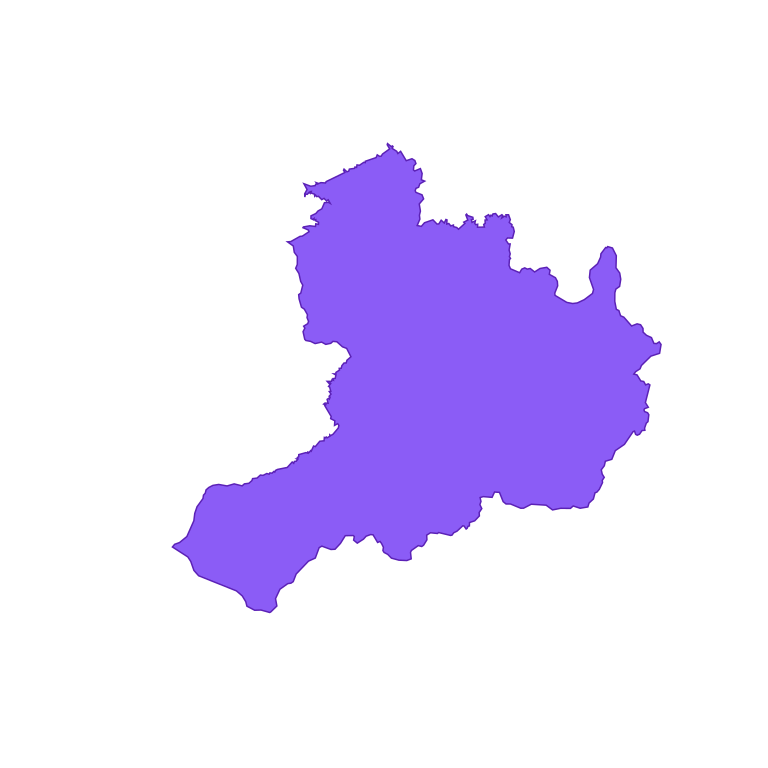 outline of Quininde, Esmeraldas, Ecuador, rotated 148°
{"feature_id": "8360857B19300187334866", "entity_name": "Quininde", "entity_type": "district", "adm_level": 2, "iso_a3": "ECU", "parent_name": "Ecuador", "parent_adm1": "Esmeraldas", "projection": "mercator", "projection_center": [-79.433, 0.315], "detail": "fine", "context": "isolated", "style": "filled", "palette": "violet", "viewbox_px": 768, "rotation_deg": 148, "n_neighbors": 0, "source": "geoboundaries", "source_scale": "gbopen_adm2", "svg_char_len": 6171}
<svg xmlns="http://www.w3.org/2000/svg" viewBox="0 0 768 768"><g transform="rotate(148 384 384)"><path d="M250.5,580.6L250.8,581.5L252.0,581.4L253.6,586.0L254.5,585.2L254.6,580.4L263.4,579.8L265.7,578.7L267.1,579.4L268.3,581.9L270.7,580.2L281.8,582.8L282.6,581.7L283.7,582.7L288.9,582.5L290.8,584.1L292.5,582.2L293.6,583.4L294.7,582.5L299.5,584.6L301.1,583.2L303.0,583.6L304.0,587.4L305.1,586.7L305.1,584.1L325.8,586.3L327.1,585.5L330.8,588.2L333.2,588.7L334.8,590.7L334.7,588.9L336.1,589.6L337.2,588.7L341.3,590.5L345.8,596.3L346.2,589.7L350.5,587.3L352.1,584.5L349.9,586.6L348.5,585.5L346.0,586.2L345.6,584.9L344.6,586.2L343.6,585.8L344.8,584.8L342.4,581.9L343.2,580.0L341.9,580.4L341.8,578.6L340.1,577.9L339.1,573.3L336.5,573.2L335.7,569.7L333.7,569.8L333.9,565.7L334.9,567.5L338.4,569.3L343.9,565.5L348.3,565.7L351.4,564.7L356.8,565.3L358.3,563.0L357.2,561.3L355.7,561.4L356.5,560.4L354.8,559.6L355.6,558.9L353.8,555.8L355.0,554.1L357.0,556.0L358.6,553.9L363.1,557.5L369.1,559.9L369.9,559.5L366.6,554.8L366.9,552.9L375.0,552.7L377.0,553.7L387.6,554.2L390.5,555.7L387.8,549.1L390.3,543.2L389.9,538.1L394.2,531.3L397.6,528.9L397.6,522.8L400.3,515.1L400.5,510.9L406.4,505.2L409.0,505.0L410.9,501.2L413.3,492.9L411.9,489.7L412.2,483.3L414.1,481.1L414.8,477.1L416.7,475.6L421.5,475.6L421.5,473.3L424.9,471.3L427.5,464.0L427.2,462.3L423.7,459.1L421.0,454.8L414.7,452.6L412.4,448.5L407.6,446.7L404.7,447.2L401.6,444.8L399.5,437.5L396.8,434.0L397.6,424.6L402.8,423.8L404.9,421.9L406.8,423.0L410.0,421.9L411.9,420.0L413.7,421.0L414.4,419.4L418.6,419.3L419.5,418.0L421.1,419.1L420.1,417.0L422.4,414.6L424.4,415.6L424.9,414.1L425.7,415.3L427.1,414.1L430.8,416.4L430.2,413.0L429.1,413.6L428.9,412.6L432.3,411.3L431.7,410.3L433.0,406.0L434.4,406.6L434.3,403.5L437.0,402.7L436.7,401.4L438.3,400.2L438.4,401.2L440.4,401.1L441.6,397.3L444.1,399.1L445.8,398.9L444.5,397.2L445.7,397.1L446.0,384.5L447.6,382.9L445.2,378.9L447.9,375.1L444.3,374.9L444.2,372.8L446.1,370.9L453.9,368.4L456.5,368.5L456.9,369.6L457.6,368.4L460.8,368.5L461.1,369.7L462.3,369.4L462.9,370.3L464.9,367.6L468.8,369.5L475.4,367.3L476.6,368.7L481.3,365.6L481.5,366.4L483.7,365.6L484.6,366.6L485.1,365.6L486.6,367.2L493.7,369.3L494.9,367.5L496.4,367.6L496.6,366.3L497.8,366.8L497.3,365.8L499.3,365.0L501.0,365.8L502.6,364.6L503.2,366.5L510.3,364.5L519.6,368.0L521.8,368.2L523.3,367.2L523.8,368.2L526.2,367.7L527.9,369.1L529.2,368.4L530.8,370.2L535.0,370.6L537.1,372.3L541.5,371.5L545.6,373.4L547.2,372.1L551.2,371.4L555.3,373.3L558.3,372.8L564.0,378.7L571.1,380.7L577.4,386.4L582.8,388.7L587.4,389.1L591.0,388.5L593.5,386.1L596.0,385.4L598.2,382.8L607.6,379.0L613.1,374.5L617.7,368.8L632.0,359.1L641.4,357.9L646.5,359.0L649.8,357.9L642.0,341.3L641.9,335.9L644.0,326.6L642.8,319.6L618.8,286.8L616.5,279.4L616.6,272.6L618.0,268.2L613.6,260.7L608.1,257.5L602.0,250.8L600.8,250.7L592.5,252.5L589.7,259.5L581.0,265.1L571.4,265.7L568.4,264.4L565.7,264.5L559.2,269.4L541.9,273.8L534.5,272.8L525.7,279.6L522.6,279.4L516.7,271.8L513.1,269.8L505.4,271.9L497.2,275.9L490.4,271.8L490.0,270.4L492.5,267.7L491.0,263.2L483.6,263.3L479.8,264.4L475.1,263.4L473.2,261.9L473.4,253.0L470.8,252.6L470.6,250.1L471.0,245.9L473.2,243.3L473.2,241.1L471.1,237.5L470.0,232.4L464.7,226.7L458.2,222.2L453.6,221.3L450.7,227.2L449.0,228.3L440.6,228.8L438.1,226.2L435.9,226.3L430.2,229.1L427.9,233.2L423.4,233.2L417.9,228.9L416.4,229.1L407.8,220.3L406.4,219.8L403.7,220.9L400.1,220.5L392.4,222.0L391.4,221.2L391.2,217.5L389.9,217.6L388.2,218.8L386.8,218.4L384.9,221.2L379.6,219.9L373.0,221.6L371.4,224.6L367.1,226.5L366.6,230.9L364.0,233.0L362.7,236.8L359.5,235.9L352.4,230.6L347.5,233.8L343.5,230.9L345.3,221.1L344.1,217.6L340.3,215.2L333.9,206.2L331.4,204.7L322.8,204.0L310.7,195.3L307.8,187.9L300.1,185.0L291.8,179.7L288.2,180.3L283.5,174.7L276.3,171.7L273.2,174.4L267.4,175.5L262.7,179.9L260.7,179.5L257.2,180.6L250.9,184.6L250.0,186.6L246.7,188.1L246.7,191.9L245.2,196.1L240.5,197.9L237.2,201.2L230.7,199.4L223.2,204.9L212.1,205.4L198.0,211.6L196.5,211.3L197.3,208.0L196.4,206.4L193.9,206.0L189.8,207.8L187.3,206.5L186.4,208.5L182.3,211.8L180.1,212.2L175.7,217.6L175.7,220.0L177.6,222.5L177.3,224.2L176.2,225.0L172.2,224.2L172.2,229.7L159.0,242.3L159.8,244.1L162.6,244.6L162.4,248.5L164.6,250.5L164.6,257.7L166.9,260.0L164.1,261.1L158.8,261.2L155.9,263.3L142.9,266.2L134.0,264.0L128.1,270.7L128.3,273.9L131.4,273.8L133.6,275.4L132.6,281.6L135.6,286.2L136.8,290.7L134.9,293.9L135.0,298.3L137.5,300.9L143.3,302.0L145.2,313.6L147.2,316.5L145.9,321.8L147.4,324.2L144.5,331.8L139.9,339.0L137.1,341.6L132.5,341.9L127.7,347.4L125.3,353.2L125.7,359.6L119.0,369.7L118.2,378.3L121.5,382.0L122.9,381.4L123.7,382.3L131.0,379.5L133.1,376.8L139.1,372.8L148.8,371.3L153.4,365.4L156.2,353.1L159.2,350.3L169.5,349.4L177.1,350.3L181.4,352.3L185.7,356.3L192.0,368.5L191.0,370.6L184.7,375.2L182.6,379.2L182.3,383.3L185.7,389.4L182.9,392.5L184.1,396.7L190.5,399.3L196.9,399.2L198.8,404.5L201.6,405.5L203.1,407.9L206.3,408.4L210.0,406.5L215.7,414.7L215.1,418.4L211.7,423.0L210.2,423.4L210.2,425.5L208.0,427.5L206.9,431.3L202.8,435.9L204.2,436.8L204.4,441.6L201.9,442.4L197.7,439.6L192.7,444.3L191.3,448.5L192.3,449.7L191.0,451.3L192.2,454.6L189.8,456.4L188.7,461.5L190.9,462.9L191.8,461.1L193.1,462.5L196.1,462.4L194.0,464.0L194.3,465.1L198.5,465.1L199.0,469.4L201.5,470.5L203.3,469.2L203.8,470.5L205.4,469.8L205.6,472.2L209.5,472.3L209.6,468.6L211.4,469.5L213.1,466.6L214.9,466.5L215.7,463.9L221.6,467.4L219.9,469.8L221.8,470.6L221.9,472.1L220.0,474.0L223.7,474.4L222.8,477.1L221.1,476.5L220.3,478.3L223.8,482.5L223.9,484.3L225.0,484.0L226.1,478.6L230.6,479.0L230.3,477.3L238.8,475.8L239.4,478.2L241.7,480.6L240.9,482.0L243.6,482.7L244.0,485.8L246.0,486.4L243.6,489.8L244.3,490.7L247.6,488.6L248.7,492.6L252.7,490.7L254.3,491.6L255.5,497.3L264.2,499.3L268.8,497.9L271.9,500.8L266.2,504.8L264.5,508.4L261.5,511.3L258.7,518.0L252.3,520.0L251.5,524.3L255.4,529.6L255.1,531.4L253.2,533.0L250.4,532.5L247.5,534.8L242.0,534.5L244.1,537.4L240.1,542.3L239.0,547.4L245.1,548.4L245.6,549.9L243.1,553.2L240.1,554.0L239.4,557.2L240.9,560.2L246.8,561.6L246.6,572.5L250.1,572.1L249.9,574.6L252.2,579.4L250.5,580.6Z" fill="#8b5cf6" stroke="#5b21b6" stroke-width="1.5"/></g></svg>